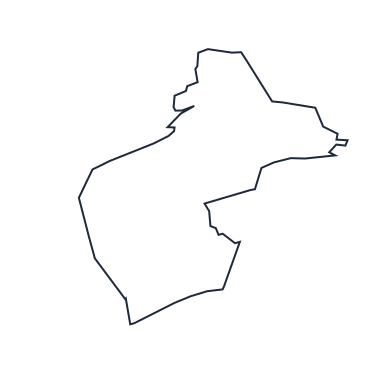 outline of Huntingdon, Pennsylvania, United States of America, rotated 38°
{"feature_id": "52423323B28488791347792", "entity_name": "Huntingdon", "entity_type": "district", "adm_level": 2, "iso_a3": "USA", "parent_name": "United States of America", "parent_adm1": "Pennsylvania", "projection": "equal_earth", "projection_center": [-77.953, 40.403], "detail": "fine", "context": "isolated", "style": "outline", "palette": "slate", "viewbox_px": 384, "rotation_deg": 38, "n_neighbors": 0, "source": "geoboundaries", "source_scale": "gbopen_adm2", "svg_char_len": 877}
<svg xmlns="http://www.w3.org/2000/svg" viewBox="0 0 384 384"><g transform="rotate(38 192 192)"><path d="M260.4,201.8L257.4,205.9L241.9,206.0L239.3,209.4L233.0,205.8L227.5,207.5L217.3,196.5L209.0,193.4L237.0,154.2L239.9,151.1L231.9,130.3L238.3,118.3L249.0,104.5L260.5,96.0L282.3,75.0L275.7,76.2L276.5,65.8L284.3,61.0L282.7,55.5L273.6,61.8L270.9,56.5L255.1,59.7L237.3,49.7L208.3,65.6L199.4,71.3L154.6,55.0L144.7,51.6L137.5,57.7L116.6,69.6L111.2,78.4L118.7,89.5L119.0,93.1L128.8,102.0L123.1,111.5L125.0,116.2L119.0,126.8L125.2,136.4L128.8,138.1L134.0,133.9L140.8,122.8L134.8,137.3L132.9,155.9L138.5,151.9L140.4,155.1L139.0,162.3L132.2,176.8L108.2,218.0L99.7,235.5L106.4,266.2L138.7,291.0L156.3,304.1L205.2,317.5L205.3,316.6L224.8,334.3L227.2,331.1L246.4,290.3L255.3,274.7L265.0,260.9L276.1,249.9L275.3,246.6L260.4,201.8Z" fill="none" stroke="#1e293b" stroke-width="2"/></g></svg>